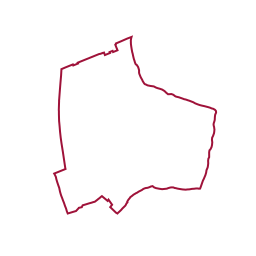 outline of Mosman Park, Western Australia, Australia, rotated 338°
{"feature_id": "25037944B67942507441975", "entity_name": "Mosman Park", "entity_type": "district", "adm_level": 2, "iso_a3": "AUS", "parent_name": "Australia", "parent_adm1": "Western Australia", "projection": "equal_earth", "projection_center": [115.768, -32.014], "detail": "fine", "context": "isolated", "style": "outline", "palette": "rose", "viewbox_px": 256, "rotation_deg": 338, "n_neighbors": 0, "source": "geoboundaries", "source_scale": "gbopen_adm2", "svg_char_len": 3377}
<svg xmlns="http://www.w3.org/2000/svg" viewBox="0 0 256 256"><g transform="rotate(338 128 128)"><path d="M42.5,142.6L42.7,144.4L42.8,146.5L42.4,148.5L42.1,151.7L41.9,154.9L41.8,157.7L41.1,161.6L40.8,164.4L40.7,166.1L40.7,168.3L40.6,170.7L40.6,173.4L40.4,176.7L40.4,179.5L40.1,182.3L40.1,184.7L45.7,185.2L48.7,185.5L52.3,183.8L52.5,183.6L55.5,184.1L56.1,183.5L57.0,182.7L60.0,183.0L63.8,183.3L66.3,183.6L68.0,183.7L69.3,183.9L69.8,183.9L71.5,183.4L73.0,183.0L73.8,182.7L74.7,182.5L76.0,182.1L77.4,181.6L78.3,181.4L81.8,188.0L83.1,187.1L84.5,193.2L81.9,194.7L85.2,202.1L86.2,203.3L86.5,203.1L89.0,202.2L91.0,201.4L92.7,200.5L96.4,199.0L97.2,198.4L98.4,197.3L99.6,196.8L99.7,196.0L101.4,194.7L102.3,194.2L103.3,193.7L104.2,193.0L105.4,192.7L106.9,192.3L108.0,191.9L109.4,191.7L111.3,191.4L112.2,191.4L113.1,191.2L114.0,191.0L115.2,190.9L117.6,190.7L119.1,190.3L120.4,190.2L121.9,190.3L123.8,190.8L125.7,190.9L127.2,190.8L129.0,191.1L129.4,191.8L130.0,192.9L131.4,194.2L134.0,195.9L136.7,197.5L138.8,198.1L141.3,198.8L142.7,198.8L144.7,199.0L146.0,199.3L147.8,200.1L148.8,201.1L149.3,201.4L149.7,201.6L151.3,202.8L153.9,204.4L155.6,205.4L157.0,206.1L158.4,206.8L160.0,207.2L161.1,207.6L162.0,207.9L164.5,208.4L166.6,209.1L168.6,209.6L170.4,210.4L170.9,210.8L172.1,211.2L173.0,210.3L177.8,204.8L179.0,203.8L182.1,200.7L183.7,198.7L185.0,196.5L186.8,194.7L187.3,194.1L188.3,192.4L189.2,190.7L190.0,188.4L191.1,186.5L191.7,186.0L191.9,185.9L192.0,185.8L192.3,185.5L194.2,180.8L195.2,179.2L196.5,178.6L198.3,177.0L199.5,175.3L200.8,172.8L201.4,170.4L202.4,168.5L203.8,167.3L203.9,167.2L204.1,167.0L204.3,166.8L204.4,166.6L205.7,165.2L206.6,163.7L207.6,161.7L207.9,160.4L208.2,159.4L208.3,158.2L208.6,156.9L209.2,155.8L209.8,155.1L210.7,154.0L211.5,152.9L212.1,151.6L212.7,150.3L213.7,148.5L214.3,147.8L215.0,147.2L215.6,146.4L215.9,145.1L215.5,143.8L214.3,142.2L212.8,141.1L211.8,140.0L209.9,138.5L206.8,136.2L205.9,135.6L205.0,135.0L203.1,133.6L201.4,132.1L199.5,130.3L198.2,128.6L195.0,125.6L194.0,124.8L192.2,123.2L190.8,122.3L190.1,121.6L189.1,120.7L186.7,118.6L184.3,116.9L183.5,116.0L182.5,114.2L181.0,112.8L179.2,112.2L177.8,111.7L176.8,109.9L176.3,108.8L175.8,107.6L175.7,107.4L174.1,105.2L172.4,103.7L170.2,102.0L169.0,100.9L167.5,99.1L164.7,97.5L162.1,95.8L161.0,94.5L160.1,93.7L159.7,92.8L159.2,90.0L159.2,88.5L159.0,87.3L158.8,85.5L158.8,83.7L158.8,81.8L159.1,80.5L159.3,80.1L159.9,78.6L160.1,76.9L160.2,75.1L160.0,74.1L159.7,72.7L159.2,72.1L159.0,71.5L159.0,71.1L159.0,69.9L159.2,68.1L159.3,66.1L159.7,63.4L160.2,60.6L160.3,59.4L160.8,56.9L161.5,53.8L162.2,51.1L162.3,50.9L162.5,50.2L162.8,49.6L163.3,48.1L164.6,45.9L165.4,44.9L161.1,44.8L160.5,44.8L154.1,45.0L148.4,45.1L148.3,45.3L148.3,45.5L148.2,45.6L148.1,45.8L148.0,46.0L147.9,46.0L147.6,46.2L147.4,46.2L147.4,52.0L142.6,52.0L142.6,50.7L139.4,50.7L139.4,51.7L133.9,51.7L134.0,49.1L132.1,49.0L132.1,48.9L130.3,48.9L129.7,48.8L129.1,48.6L126.7,48.6L125.9,48.6L114.3,48.6L113.7,48.6L113.1,48.6L105.8,48.6L105.8,49.5L100.7,49.5L100.7,48.4L97.8,48.4L97.2,48.4L96.6,48.4L94.5,48.4L92.5,48.4L88.3,48.5L88.1,49.0L85.7,54.1L82.5,60.4L79.4,66.6L74.8,75.9L74.5,76.4L74.2,77.2L72.0,82.2L70.5,85.6L70.4,86.1L69.2,89.1L67.4,93.9L66.7,95.8L66.0,98.2L65.1,101.2L63.6,106.0L63.4,106.7L62.0,111.7L60.6,117.3L58.7,125.6L54.9,141.4L54.7,142.6L47.7,142.6L45.2,142.6L42.5,142.6Z" fill="none" stroke="#9f1239" stroke-width="2"/></g></svg>